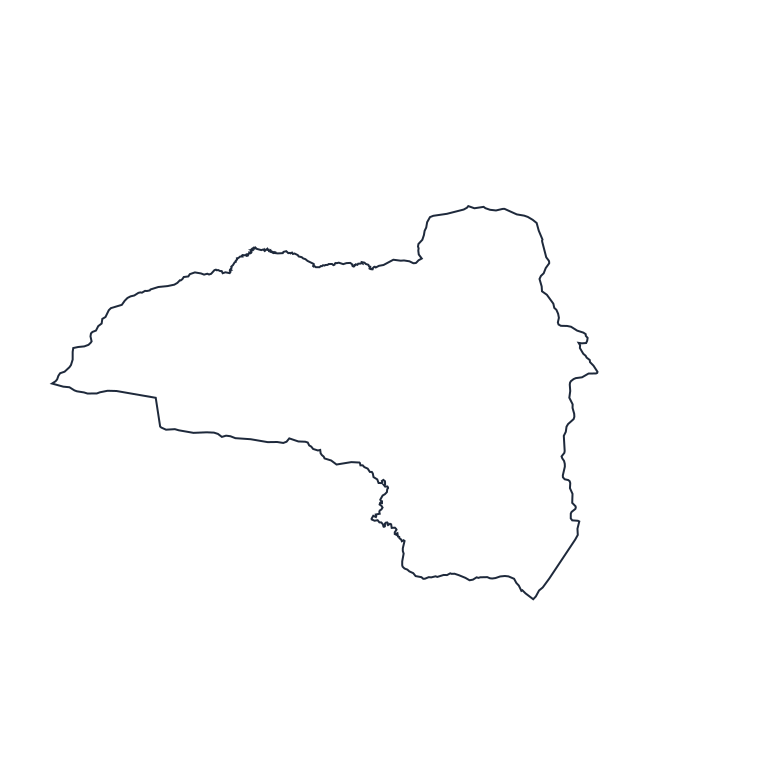 Lenguazaque, Cundinamarca, Colombia, rotated 222°
{"feature_id": "7082276B28495435415002", "entity_name": "Lenguazaque", "entity_type": "district", "adm_level": 2, "iso_a3": "COL", "parent_name": "Colombia", "parent_adm1": "Cundinamarca", "projection": "orthographic", "projection_center": [-73.682, 5.304], "detail": "fine", "context": "isolated", "style": "outline", "palette": "slate", "viewbox_px": 768, "rotation_deg": 222, "n_neighbors": 0, "source": "geoboundaries", "source_scale": "gbopen_adm2", "svg_char_len": 6166}
<svg xmlns="http://www.w3.org/2000/svg" viewBox="0 0 768 768"><g transform="rotate(222 384 384)"><path d="M631.0,162.2L620.6,167.4L615.6,171.1L609.8,172.1L607.3,173.1L601.3,177.0L598.0,178.5L591.1,184.8L589.6,187.7L584.9,194.0L578.1,199.8L544.4,221.0L521.9,202.6L520.4,202.6L515.4,204.2L509.2,210.5L505.5,212.3L492.9,220.2L483.4,229.5L477.8,234.1L474.0,235.8L469.1,236.2L466.8,239.9L465.4,240.9L463.2,242.4L458.2,244.3L446.2,253.7L431.5,263.0L424.6,269.4L419.4,272.8L417.8,275.9L418.0,280.2L409.2,284.0L403.9,288.4L401.5,289.5L398.5,288.3L396.2,288.8L393.2,288.3L388.6,290.4L387.3,292.3L384.7,290.1L382.6,289.6L380.2,289.7L378.4,288.9L372.1,291.8L365.4,292.4L356.0,304.1L349.7,309.2L348.9,309.1L347.1,307.8L345.4,309.3L343.0,309.1L339.5,310.2L335.7,309.2L334.2,310.5L332.4,310.0L329.5,307.8L325.2,308.6L321.8,306.8L319.2,309.0L319.4,309.8L320.7,310.5L320.3,312.3L318.3,312.4L317.6,311.8L316.0,310.1L316.9,308.9L314.5,308.5L312.9,310.1L311.8,309.8L311.3,309.3L311.2,308.0L309.5,305.6L309.6,302.7L310.4,300.2L309.4,295.6L308.0,295.0L307.0,295.5L305.8,294.1L307.3,293.0L306.6,291.5L304.5,291.8L302.4,291.2L302.0,289.0L302.5,287.1L301.9,285.8L300.4,284.7L302.8,281.5L301.4,280.7L301.0,279.7L303.8,278.9L303.1,275.6L302.5,275.1L299.5,276.1L297.6,278.5L294.8,278.1L293.4,279.3L290.9,279.0L289.0,277.7L288.5,277.8L288.1,278.8L289.9,281.0L289.8,282.3L288.9,283.3L288.1,283.1L287.3,281.9L286.6,281.8L286.0,284.1L284.8,284.5L282.0,282.2L279.8,284.5L278.0,284.4L277.2,284.1L276.8,281.0L275.6,279.7L273.9,280.2L274.5,281.4L274.2,282.1L271.6,280.0L270.4,280.6L269.3,279.7L267.2,279.9L265.5,279.1L264.9,281.0L263.7,281.1L260.1,274.5L258.3,272.5L255.9,271.1L251.8,264.4L249.2,261.5L247.9,260.7L245.3,260.6L242.4,261.7L239.8,261.7L235.7,263.0L232.0,262.4L226.9,265.5L224.5,265.5L223.3,266.7L221.5,270.4L219.5,271.9L217.0,275.6L215.3,276.3L211.9,282.0L209.3,284.2L208.1,287.6L206.8,288.1L204.6,290.2L200.5,292.0L193.8,294.4L189.1,295.4L187.0,298.1L185.8,302.3L184.1,303.1L183.1,304.8L178.0,309.6L175.3,310.5L173.4,311.9L171.3,314.4L168.9,318.7L165.7,322.2L162.8,324.3L157.0,326.3L152.5,324.7L148.9,324.4L143.5,322.2L143.2,323.3L138.7,323.1L129.1,323.9L129.0,327.7L130.6,334.3L129.9,339.0L131.0,350.0L137.8,396.3L139.0,401.5L143.4,405.9L146.9,412.5L148.4,412.1L152.9,408.6L155.3,409.1L158.5,412.7L159.0,414.5L158.2,419.2L158.8,420.5L159.8,421.3L164.6,421.6L170.4,428.5L176.1,431.0L179.3,435.0L181.0,436.0L182.8,435.9L186.0,434.1L188.6,434.4L190.0,435.8L194.3,443.6L196.2,445.6L198.7,447.3L201.7,448.0L203.6,449.0L203.9,453.5L204.9,455.1L215.7,465.8L216.9,470.1L219.8,474.4L220.4,477.4L219.6,484.8L220.6,487.0L222.7,489.1L227.9,492.4L230.2,495.1L237.1,497.8L240.9,503.4L245.5,507.8L246.6,509.4L247.0,511.1L246.4,514.5L245.4,516.7L241.3,521.5L239.0,528.6L233.5,533.7L233.0,534.9L233.5,535.9L240.6,537.8L245.5,538.1L247.2,539.5L251.1,539.2L253.0,539.9L256.1,539.8L262.5,541.8L264.2,544.0L266.9,544.8L264.2,546.6L261.2,549.7L261.9,552.0L263.5,554.5L266.2,554.8L267.5,556.0L270.2,555.6L276.2,552.9L283.3,551.7L286.7,549.7L291.5,545.6L294.1,545.0L296.0,546.1L298.3,550.2L301.6,552.7L305.6,554.5L308.4,554.5L311.9,557.0L322.7,559.3L328.6,558.6L332.1,562.0L338.7,566.1L339.7,569.3L339.4,573.1L341.4,578.4L342.0,584.2L342.9,585.2L344.0,585.9L348.2,586.7L361.5,595.5L362.4,596.2L362.9,597.4L371.6,601.5L378.3,605.8L383.4,605.5L388.9,604.4L392.5,602.9L398.8,598.9L411.6,594.8L413.0,593.5L416.9,587.9L421.8,584.4L426.3,582.5L428.5,582.3L434.4,575.1L440.4,572.6L440.3,570.5L441.5,567.0L451.1,552.6L459.9,542.0L461.5,538.8L460.2,533.1L457.3,528.5L456.3,525.0L454.0,521.4L452.0,516.8L452.1,511.1L450.7,508.9L449.1,508.0L447.7,506.0L444.8,503.5L439.9,502.5L441.1,499.1L441.2,495.5L441.8,494.6L443.0,493.4L447.2,492.2L451.8,489.2L454.1,486.8L460.2,482.6L464.0,472.1L466.8,468.5L468.1,465.1L469.3,465.0L469.7,464.4L469.8,462.8L469.2,461.6L469.7,461.1L470.6,461.2L471.0,460.3L472.0,460.1L472.8,461.9L473.7,461.4L475.4,462.1L477.9,461.0L479.7,461.1L481.9,459.8L480.7,459.1L481.9,458.7L482.0,457.8L483.7,456.1L483.5,454.8L485.0,454.1L484.8,453.2L485.6,452.7L484.9,451.5L485.1,451.0L486.2,450.6L488.0,451.6L490.1,451.4L492.8,448.7L494.5,445.8L498.8,443.9L499.9,442.2L500.8,441.7L501.1,440.9L500.6,439.5L501.1,438.5L502.9,438.4L505.4,436.1L505.6,434.8L507.2,433.2L507.4,432.3L508.8,431.4L509.0,430.0L509.9,429.3L510.1,427.6L512.8,425.2L514.4,425.1L514.8,424.2L515.6,424.2L516.3,426.1L517.3,426.0L523.2,424.3L525.9,424.2L528.2,423.2L530.0,423.2L532.8,421.7L534.3,422.1L537.8,421.1L538.7,419.7L540.3,420.1L540.9,418.5L541.6,418.5L542.7,417.2L545.5,417.3L547.1,414.9L546.8,413.5L550.4,409.9L552.3,408.6L552.7,409.2L553.2,409.0L552.9,408.5L553.6,407.4L554.1,407.2L554.8,407.8L555.6,407.1L556.4,407.4L556.8,406.8L556.3,406.5L556.9,406.2L558.0,407.3L558.6,405.9L559.7,406.6L560.2,405.9L561.2,406.4L561.6,403.4L562.6,403.9L562.5,403.1L563.7,403.2L564.8,401.4L568.9,399.3L571.0,399.3L570.9,398.2L572.0,398.2L572.1,397.7L571.1,397.5L571.9,396.2L572.5,396.2L572.6,395.2L571.6,395.2L572.4,394.4L571.5,394.5L571.5,393.5L570.7,393.3L570.5,392.6L570.8,391.7L572.1,391.5L571.6,390.6L572.1,389.3L571.3,389.1L571.1,388.2L571.6,387.6L572.0,388.2L572.5,387.6L573.0,387.8L573.0,387.0L575.2,385.3L574.5,384.2L575.4,384.0L575.2,383.4L576.2,382.5L576.5,380.3L577.4,379.0L576.5,378.3L576.6,376.3L575.9,375.7L576.4,374.5L575.8,371.3L576.0,369.0L575.0,368.4L574.9,366.3L573.9,366.4L574.5,365.3L574.3,364.9L573.1,364.6L572.9,363.1L576.6,360.9L578.0,358.4L580.2,359.3L581.3,358.3L583.5,357.7L584.4,356.6L585.4,356.5L586.2,355.1L586.2,350.2L587.3,348.3L589.1,347.7L590.9,344.9L594.0,343.7L599.2,340.4L601.8,335.7L601.4,333.0L604.4,329.5L604.0,327.0L604.4,324.9L605.1,324.5L605.2,320.9L606.3,317.5L610.4,311.9L616.6,305.1L620.8,298.0L620.7,296.8L622.4,294.5L623.9,293.3L625.0,289.9L626.4,289.0L627.5,287.4L628.8,282.7L631.0,279.5L632.2,276.3L632.4,272.4L631.8,267.4L637.7,257.7L637.9,254.7L635.8,247.4L636.9,243.9L634.3,240.0L635.1,235.8L633.8,231.0L635.5,227.6L635.6,225.5L634.0,223.0L629.8,220.0L629.6,218.4L629.8,215.4L631.9,211.4L636.0,206.9L639.0,202.8L636.9,199.6L631.7,193.8L629.3,188.6L629.0,186.0L629.6,179.4L631.9,175.3L631.5,172.3L630.0,168.7L629.9,166.3L631.0,162.2Z" fill="none" stroke="#1e293b" stroke-width="2"/></g></svg>